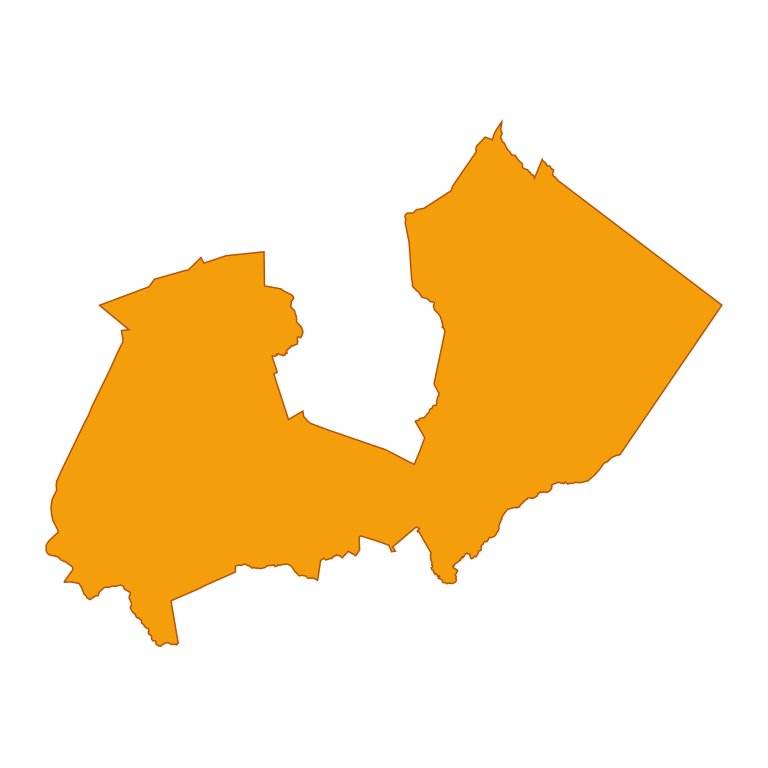 Kieni, Central, Kenya
{"feature_id": "3690345B61847449937296", "entity_name": "Kieni", "entity_type": "district", "adm_level": 2, "iso_a3": "KEN", "parent_name": "Kenya", "parent_adm1": "Central", "projection": "natural_earth1", "projection_center": [36.912, -0.221], "detail": "fine", "context": "isolated", "style": "filled", "palette": "amber", "viewbox_px": 768, "rotation_deg": 0, "n_neighbors": 0, "source": "geoboundaries", "source_scale": "gbopen_adm2", "svg_char_len": 6085}
<svg xmlns="http://www.w3.org/2000/svg" viewBox="0 0 768 768"><path d="M542.2,159.3L534.5,178.3L533.7,175.7L532.9,174.9L531.9,174.8L531.1,174.1L530.2,172.3L528.8,171.5L527.7,169.7L524.6,168.9L522.9,167.8L522.3,166.8L522.6,164.5L522.0,163.4L519.2,161.0L517.2,158.6L515.4,155.5L512.3,155.0L511.1,154.4L510.4,152.4L507.6,149.6L504.0,142.8L502.6,141.8L500.8,137.8L500.9,136.3L502.1,133.8L502.0,132.6L500.6,129.7L501.3,126.0L501.1,125.0L501.7,123.9L501.8,121.7L497.6,127.8L494.8,132.5L493.6,135.3L492.5,139.8L485.1,137.1L476.5,146.3L475.9,148.3L476.1,152.0L475.5,152.9L452.3,186.6L451.4,190.2L450.6,191.0L424.0,208.3L417.0,209.6L415.7,210.3L413.2,213.0L407.3,213.0L405.2,215.1L405.0,217.3L405.8,219.2L405.3,221.5L405.3,223.1L409.1,242.4L411.6,278.5L412.5,283.4L412.3,285.4L412.6,286.3L416.7,290.7L418.6,292.1L421.4,296.6L422.2,297.4L425.8,298.1L428.0,299.3L430.5,301.8L432.5,301.7L433.9,302.2L434.3,303.3L433.5,305.9L433.6,307.2L434.8,310.2L438.2,313.5L440.5,317.0L442.5,323.8L442.9,326.2L442.2,326.6L442.4,327.5L443.2,327.4L444.8,330.7L444.9,331.8L434.2,382.9L434.5,385.2L439.0,393.3L438.9,395.1L437.6,396.9L436.7,401.8L436.8,403.1L436.1,405.6L434.3,405.1L432.8,406.1L431.6,408.8L430.5,408.8L429.5,409.6L429.1,412.6L427.5,413.5L424.3,417.6L420.5,418.3L419.4,418.9L418.0,420.6L416.2,420.5L415.3,421.4L424.7,437.8L420.0,450.6L414.2,464.5L386.0,449.9L326.7,429.5L310.6,423.4L308.8,422.2L304.2,417.1L303.5,415.9L302.9,411.1L288.5,419.5L273.8,374.0L277.3,372.2L272.4,357.5L272.3,356.0L274.8,356.3L277.2,355.2L276.7,354.2L278.3,353.7L279.9,354.8L282.3,354.9L282.9,355.7L285.3,354.8L284.8,353.7L286.3,352.8L287.0,353.1L286.6,350.4L291.2,346.6L291.6,345.6L292.6,346.0L297.5,343.8L297.3,342.4L297.9,341.3L297.3,340.1L297.5,337.0L298.6,336.8L300.6,337.7L301.8,335.9L303.0,332.2L301.6,327.5L299.6,324.9L297.1,322.7L296.4,320.3L296.6,318.9L296.2,315.9L295.0,313.0L294.7,311.0L290.9,306.9L290.7,306.1L291.5,302.5L291.1,301.5L293.2,299.3L293.6,298.4L293.5,297.0L292.7,296.6L292.5,295.4L283.1,290.6L280.7,288.8L264.5,285.9L264.0,251.8L226.2,255.7L203.9,263.1L200.9,257.5L188.3,270.0L185.2,270.5L154.3,279.3L149.2,286.7L99.5,305.3L128.9,329.7L121.4,330.5L122.9,339.1L123.0,341.6L117.4,352.9L109.8,369.9L92.1,406.3L88.2,415.9L84.8,422.1L60.9,471.8L56.8,481.1L56.2,485.1L56.6,489.9L56.2,491.3L53.7,495.9L52.1,499.6L51.0,506.8L51.5,513.6L52.8,520.3L57.5,529.4L58.2,531.7L57.7,532.6L49.1,540.7L47.0,543.7L46.2,545.4L46.1,550.3L47.1,552.8L48.9,554.6L51.9,555.6L54.6,555.8L57.9,557.0L61.2,560.1L65.8,562.0L72.2,566.7L72.8,568.1L72.8,569.3L72.3,570.4L65.9,579.3L64.5,581.3L64.4,582.3L70.1,581.8L78.4,583.3L79.3,583.9L81.6,587.7L84.0,594.1L85.6,595.2L87.4,598.1L89.7,599.5L90.5,599.4L95.4,596.0L98.3,595.5L99.2,592.3L103.0,588.5L104.6,587.4L107.2,587.2L108.6,587.5L112.0,586.1L113.2,586.0L115.1,586.4L120.5,585.1L122.7,585.7L123.5,586.7L124.4,589.2L130.2,592.4L130.5,593.2L129.5,595.5L129.1,597.9L129.5,599.1L130.4,599.6L130.4,601.5L131.3,602.7L131.5,604.0L131.3,605.9L130.5,606.6L130.3,607.9L132.9,612.7L134.6,613.5L136.5,617.3L137.3,617.9L138.6,617.8L139.2,618.9L141.5,620.1L141.5,622.3L142.0,623.3L143.8,624.9L144.7,626.6L146.2,627.8L148.2,628.5L148.9,630.9L148.2,631.9L148.5,633.0L148.9,634.2L149.9,635.0L151.1,635.2L151.6,636.0L151.5,638.7L152.0,639.8L153.2,641.0L155.4,640.8L156.0,641.8L155.9,643.6L156.3,644.5L158.2,645.3L158.7,646.0L160.8,646.3L162.9,644.3L166.1,642.8L168.2,642.8L172.1,644.6L175.2,644.2L176.1,644.8L177.1,644.5L177.4,643.3L178.2,643.1L171.0,600.8L199.6,588.4L204.8,585.6L235.3,572.1L235.6,565.9L238.6,565.1L241.0,565.5L243.9,564.3L245.2,564.1L247.9,565.7L249.8,566.2L252.0,568.1L254.3,567.6L255.6,568.1L258.0,568.1L260.1,568.6L264.5,567.7L268.3,565.3L269.4,565.7L274.2,565.0L274.8,566.5L276.5,566.3L278.2,564.8L279.2,565.5L282.0,564.6L287.3,564.0L290.4,565.5L292.1,567.2L294.6,571.2L299.2,575.8L301.6,575.4L305.7,575.9L307.8,578.1L313.3,578.1L317.6,580.3L320.6,560.5L324.0,558.3L325.8,560.0L331.3,558.3L332.0,558.5L332.3,557.6L334.9,555.7L335.8,555.9L336.4,554.9L339.6,555.8L342.3,557.8L348.1,551.3L355.9,555.7L359.6,549.9L359.2,537.1L360.5,535.8L380.6,542.2L388.9,545.3L391.6,551.7L395.4,551.1L392.8,546.8L416.3,526.9L417.3,527.8L419.3,528.3L419.2,529.4L417.3,530.8L417.6,531.9L419.5,532.4L419.7,533.2L431.0,552.9L431.0,554.0L430.3,554.9L430.8,556.9L430.5,558.3L431.0,559.2L431.0,560.5L431.7,561.5L432.0,563.0L431.8,565.4L432.6,565.8L432.7,566.9L431.2,567.8L432.1,569.9L433.0,569.9L433.5,570.8L433.5,571.9L435.0,574.4L435.7,574.0L436.6,574.2L437.5,576.3L439.3,575.7L439.7,576.6L438.8,577.2L438.4,578.2L442.0,579.9L442.9,582.6L445.2,582.7L447.5,583.7L448.4,583.2L452.8,583.5L455.7,581.9L456.3,580.6L455.9,577.9L456.4,576.7L455.3,575.2L457.7,570.7L455.8,569.1L454.5,568.6L453.0,567.1L453.2,565.9L453.9,566.1L454.1,565.2L455.6,563.4L457.6,562.6L458.5,561.1L460.3,560.5L460.3,559.2L461.4,558.9L462.0,558.1L461.8,557.3L462.5,556.7L463.3,557.4L465.2,554.1L467.0,553.1L467.6,553.8L469.5,553.9L470.6,558.2L471.6,558.8L472.7,558.3L474.4,556.5L476.2,556.8L478.5,552.5L478.5,551.2L481.3,550.3L481.0,547.0L481.7,545.2L483.3,544.0L483.9,542.1L484.6,541.6L486.8,541.7L488.2,539.8L489.3,537.6L491.3,537.6L493.8,536.5L494.7,536.0L496.2,534.2L496.9,532.1L497.7,531.7L498.8,529.6L499.0,525.7L501.1,520.2L501.8,519.6L501.4,518.4L503.3,514.9L507.5,509.4L515.3,507.3L516.7,508.0L517.2,507.1L519.0,507.1L519.9,506.2L520.2,504.9L522.8,503.0L523.4,501.7L524.7,501.3L525.2,500.0L527.1,499.2L527.6,498.1L528.5,497.7L531.4,498.3L534.0,498.0L536.0,496.5L537.2,496.1L538.3,493.2L539.4,493.0L540.2,492.0L541.9,492.5L542.7,492.4L543.4,491.7L546.0,492.5L548.3,491.9L550.7,489.8L551.3,488.9L551.8,488.0L551.8,485.2L552.7,484.2L556.1,483.2L558.1,482.2L563.0,483.5L564.0,483.5L565.4,482.1L568.0,484.1L569.6,483.2L572.9,483.4L574.8,482.4L580.6,482.7L588.5,480.7L589.1,479.7L594.5,475.2L599.9,469.1L604.0,463.0L606.2,462.4L609.8,459.5L611.0,457.9L616.2,455.5L619.9,454.8L721.9,305.1L558.2,180.7L555.2,177.1L553.4,176.1L552.8,175.0L552.9,172.5L553.6,170.7L553.5,169.5L551.2,168.8L550.3,166.6L549.5,166.0L547.6,165.9L546.5,165.0L546.2,163.6L542.6,160.5L542.2,159.3Z" fill="#f59e0b" stroke="#b45309" stroke-width="1.5"/></svg>